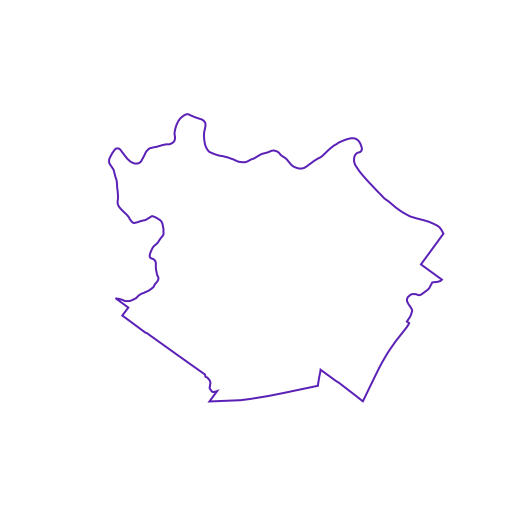 Maribyrnong, Victoria, Australia, rotated 298°
{"feature_id": "25037944B56618295646151", "entity_name": "Maribyrnong", "entity_type": "district", "adm_level": 2, "iso_a3": "AUS", "parent_name": "Australia", "parent_adm1": "Victoria", "projection": "orthographic", "projection_center": [144.879, -37.791], "detail": "fine", "context": "isolated", "style": "outline", "palette": "violet", "viewbox_px": 512, "rotation_deg": 298, "n_neighbors": 0, "source": "geoboundaries", "source_scale": "gbopen_adm2", "svg_char_len": 6137}
<svg xmlns="http://www.w3.org/2000/svg" viewBox="0 0 512 512"><g transform="rotate(298 256 256)"><path d="M170.5,371.6L171.9,371.0L179.2,368.5L183.5,367.3L185.9,366.4L183.2,385.2L183.0,388.8L180.5,403.5L179.6,409.0L178.0,417.7L177.9,418.6L196.2,417.9L210.9,417.4L216.4,417.3L221.6,417.3L229.1,417.6L232.7,417.8L236.1,418.1L244.3,419.1L246.6,419.4L261.9,422.2L264.6,422.6L267.1,422.8L268.6,422.8L269.0,420.0L274.1,420.5L274.9,420.6L275.7,420.5L276.4,420.5L279.2,420.0L280.4,419.8L281.1,419.5L281.6,419.1L282.0,418.6L282.7,417.7L283.7,415.9L285.1,413.2L286.7,410.9L287.7,410.1L288.3,409.8L289.5,409.4L291.1,409.4L292.0,409.7L293.1,410.2L294.7,410.9L295.3,411.4L295.9,412.1L297.2,414.7L297.4,415.6L297.8,418.0L298.1,418.6L299.1,419.7L301.4,420.9L304.0,422.1L306.6,423.4L308.5,424.0L309.4,424.1L310.2,424.1L311.8,424.0L312.6,424.1L314.3,424.0L315.2,424.0L315.6,424.5L316.1,424.8L317.4,427.0L318.1,428.0L319.1,429.2L320.1,430.1L321.1,430.9L322.4,431.2L326.0,405.6L363.7,411.0L365.9,407.8L367.5,404.6L367.9,401.8L367.8,397.6L367.4,392.6L366.4,387.5L364.8,381.0L363.3,373.6L363.3,368.4L363.4,364.7L363.8,361.2L364.4,356.8L365.9,349.9L366.3,348.1L366.6,346.5L366.7,345.1L366.9,343.4L367.2,341.9L368.2,339.1L370.1,332.9L372.0,327.4L374.1,321.0L376.8,313.7L378.2,310.2L379.5,307.2L381.5,303.5L382.6,301.4L383.7,300.0L384.9,298.8L386.3,297.7L387.7,297.0L389.1,296.5L390.4,296.2L391.8,296.2L393.2,296.4L394.6,297.0L395.7,298.2L396.9,299.2L398.3,299.6L399.7,299.5L400.8,298.9L402.3,297.5L403.9,295.7L405.2,293.8L405.9,292.2L406.3,290.2L406.3,288.5L405.6,286.5L404.6,284.7L403.2,283.0L401.6,281.3L399.1,279.1L396.3,276.8L394.5,275.5L392.4,274.5L390.7,273.3L388.2,272.1L385.8,271.1L383.2,270.1L377.2,268.2L374.8,267.3L373.2,266.5L371.7,265.3L368.7,263.5L366.6,262.3L364.1,261.2L361.4,259.8L360.0,259.2L358.2,258.3L357.1,257.6L356.1,256.9L355.1,255.8L354.1,254.3L353.4,252.8L353.0,250.9L352.7,248.8L352.6,247.9L352.7,246.1L352.9,245.2L353.1,244.2L355.8,237.7L356.1,236.4L356.3,235.5L356.4,233.4L356.7,230.9L356.9,230.2L357.7,228.4L358.0,227.5L358.2,226.0L358.1,224.9L357.8,223.2L357.6,222.4L357.0,221.4L356.4,220.6L355.7,219.9L353.4,218.1L352.5,217.2L350.4,214.9L349.1,213.5L348.1,212.7L345.9,211.2L343.7,210.0L341.5,208.6L340.3,207.7L339.3,206.7L338.3,205.9L337.4,205.3L336.2,204.6L334.8,203.5L334.1,202.9L333.3,201.6L332.5,200.1L331.8,198.4L331.3,197.1L331.0,196.0L330.9,194.8L330.8,193.6L330.7,191.8L330.6,190.1L330.3,188.6L329.8,184.9L328.9,181.1L328.6,179.9L327.6,177.2L327.3,176.1L326.8,173.5L326.6,172.3L326.3,169.9L326.2,167.8L326.1,167.3L326.0,166.6L326.1,165.6L326.5,164.4L327.3,162.8L328.3,161.2L329.8,159.4L331.2,158.1L333.0,156.7L334.4,155.7L336.3,154.5L338.0,153.4L341.3,152.0L344.6,151.1L346.3,150.6L347.8,150.0L349.0,149.3L349.7,148.7L350.3,147.8L350.7,146.8L351.0,145.5L351.1,144.0L350.8,142.5L349.9,137.0L349.8,135.8L349.5,132.8L349.5,131.3L349.4,130.1L349.1,129.1L348.6,128.2L347.8,127.4L346.9,126.8L345.5,126.0L343.9,125.3L342.2,124.6L340.3,124.3L338.9,124.1L335.0,124.2L332.4,124.6L330.5,125.0L327.7,125.8L325.6,126.7L323.2,128.5L321.8,129.3L320.4,129.7L319.2,129.9L317.7,129.6L316.6,129.1L315.4,128.3L314.4,127.5L313.4,126.2L312.6,124.5L310.3,121.6L309.0,120.3L307.4,118.7L305.6,116.8L303.9,114.6L301.3,111.7L300.1,111.0L298.5,110.5L296.9,110.1L295.5,110.0L293.9,110.1L290.3,110.2L285.9,110.1L285.1,110.0L283.7,109.4L282.8,108.8L282.1,108.0L281.0,106.2L280.7,105.4L280.5,104.4L280.4,103.2L280.4,101.7L280.5,100.4L280.8,99.2L281.4,96.8L282.6,94.1L283.2,92.6L283.9,91.3L284.5,89.8L285.7,87.4L286.4,85.6L286.4,85.1L286.4,84.5L286.3,83.8L285.9,83.0L285.2,82.1L284.7,81.7L284.1,81.5L282.5,81.2L279.2,80.8L274.5,80.8L273.4,80.9L272.1,81.1L270.7,81.8L269.4,82.6L268.6,83.6L266.0,88.5L265.0,90.1L261.2,93.5L259.7,94.9L257.9,96.9L256.0,98.4L252.4,100.6L249.9,102.2L248.8,103.1L247.2,104.1L244.0,106.1L242.7,106.8L240.8,107.6L239.2,108.2L237.8,109.0L237.0,109.5L235.9,110.9L235.3,111.7L234.7,113.0L233.6,115.9L232.2,121.0L231.8,122.5L230.7,125.2L230.1,126.2L229.3,127.2L228.4,129.2L228.1,129.9L227.8,130.8L227.7,131.2L227.7,131.8L227.8,132.8L228.0,133.1L228.3,133.4L230.3,135.6L231.9,137.1L232.5,137.6L234.2,139.5L235.2,140.8L236.0,141.6L239.6,143.8L241.9,145.1L242.4,145.5L242.6,146.0L242.9,148.2L243.0,149.9L242.9,151.4L242.7,153.7L242.6,154.5L242.4,155.4L242.1,156.1L241.6,156.9L241.1,157.7L240.3,158.5L237.9,160.4L236.4,161.6L235.6,162.1L234.3,162.7L233.6,163.2L232.6,163.7L231.9,164.0L231.4,164.2L230.8,164.2L230.2,164.2L229.2,164.0L227.9,163.7L225.5,163.3L223.7,163.2L222.0,163.0L220.7,162.8L219.7,162.4L216.8,161.2L215.6,161.0L214.6,160.9L212.8,160.9L210.5,161.1L209.2,161.2L208.0,161.5L206.4,161.9L205.8,162.3L205.5,162.5L205.1,163.0L204.8,163.5L204.7,164.1L204.8,164.7L205.0,166.6L205.0,167.2L205.0,167.8L204.4,169.2L204.1,169.6L203.0,170.7L202.4,171.1L199.1,172.8L197.8,173.6L197.0,174.2L195.8,175.1L193.7,176.9L192.9,177.6L192.4,178.1L192.3,178.3L192.1,178.8L191.8,179.2L191.3,179.7L190.0,180.6L189.5,180.7L189.0,180.8L188.5,180.8L187.4,180.8L186.3,180.6L185.0,180.4L184.3,180.1L183.6,180.0L182.5,180.0L181.2,180.1L180.2,180.0L179.8,179.8L179.4,179.6L178.9,179.4L177.8,179.0L176.9,178.4L175.1,177.6L174.6,177.2L173.5,176.3L172.8,175.9L172.1,175.2L171.6,174.8L170.8,174.4L169.2,172.8L168.3,172.2L166.3,171.1L164.7,170.5L163.3,170.2L162.7,170.0L162.3,169.8L161.8,169.4L160.4,168.5L158.5,167.0L157.9,166.5L157.0,165.6L156.2,164.4L155.6,163.2L155.0,162.0L154.7,161.3L154.6,160.1L154.6,158.8L154.3,157.3L153.9,155.6L153.5,154.4L152.9,152.5L152.8,151.7L150.5,167.5L140.6,165.9L140.3,168.5L136.4,194.4L136.7,196.1L136.2,199.3L131.9,231.7L129.6,249.3L128.4,258.8L127.4,266.6L125.7,268.0L125.6,268.6L125.7,269.2L125.8,269.4L125.8,269.9L125.7,270.5L125.5,270.8L125.3,271.3L125.3,271.5L125.1,272.0L124.9,272.3L124.8,272.7L124.4,273.5L124.1,273.9L123.9,274.2L123.6,274.5L123.3,274.7L123.0,275.0L122.3,275.4L122.0,275.6L121.1,275.7L120.4,276.1L120.0,276.3L119.1,276.6L118.6,276.6L117.3,277.3L116.2,279.6L115.7,280.3L115.6,281.4L115.7,281.9L115.9,282.3L116.7,283.2L117.1,283.9L118.0,284.7L118.2,284.8L118.5,285.1L105.7,283.2L121.4,310.0L126.6,317.4L138.4,332.9L148.2,344.9L170.5,371.6Z" fill="none" stroke="#5b21b6" stroke-width="2"/></g></svg>